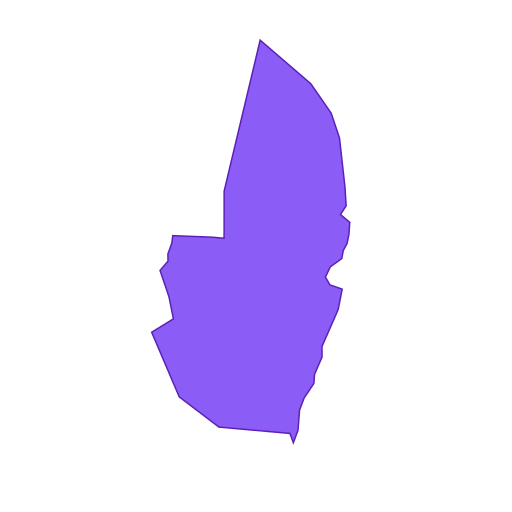 Coronel João Pessoa, Rio Grande do Norte, Brazil, rotated 325°
{"feature_id": "56859067B20102167049206", "entity_name": "Coronel João Pessoa", "entity_type": "district", "adm_level": 2, "iso_a3": "BRA", "parent_name": "Brazil", "parent_adm1": "Rio Grande do Norte", "projection": "albers", "projection_center": [-38.419, -6.251], "detail": "fine", "context": "isolated", "style": "filled", "palette": "violet", "viewbox_px": 512, "rotation_deg": 325, "n_neighbors": 0, "source": "geoboundaries", "source_scale": "gbopen_adm2", "svg_char_len": 674}
<svg xmlns="http://www.w3.org/2000/svg" viewBox="0 0 512 512"><g transform="rotate(325 256 256)"><path d="M399.7,146.4L383.2,81.6L267.1,184.6L245.1,216.0L240.0,223.1L230.7,215.3L199.5,191.6L194.4,197.2L185.0,203.8L181.0,209.7L169.1,212.8L161.3,239.5L152.3,260.1L126.8,258.6L112.3,327.4L127.5,374.9L182.0,420.8L179.5,430.4L190.5,422.8L203.3,407.2L214.0,399.9L230.3,393.6L236.2,386.4L252.1,376.7L258.1,368.0L287.2,350.3L292.8,346.8L307.6,332.6L300.0,322.1L300.8,313.1L310.7,307.5L324.8,307.3L330.6,301.6L337.9,297.9L344.5,291.6L352.1,282.2L349.0,270.5L358.6,266.6L368.4,250.6L392.1,207.2L399.5,182.1L399.7,146.4Z" fill="#8b5cf6" stroke="#5b21b6" stroke-width="1.5"/></g></svg>